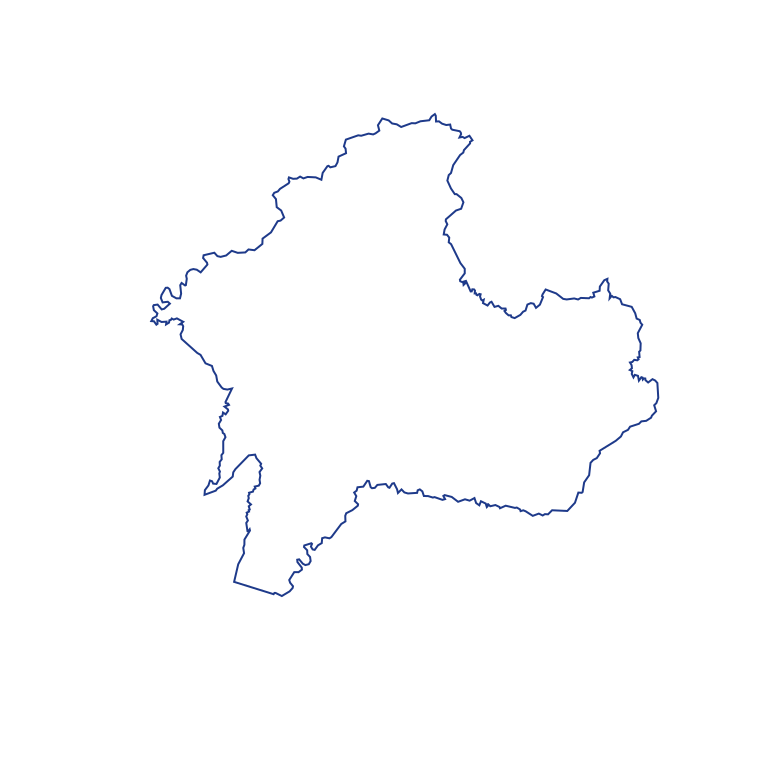 the district of Lérida, Tolima, Colombia, rotated 128°
{"feature_id": "7082276B47821274124979", "entity_name": "Lérida", "entity_type": "district", "adm_level": 2, "iso_a3": "COL", "parent_name": "Colombia", "parent_adm1": "Tolima", "projection": "orthographic", "projection_center": [-74.913, 4.869], "detail": "fine", "context": "isolated", "style": "outline", "palette": "blue", "viewbox_px": 768, "rotation_deg": 128, "n_neighbors": 0, "source": "geoboundaries", "source_scale": "gbopen_adm2", "svg_char_len": 6166}
<svg xmlns="http://www.w3.org/2000/svg" viewBox="0 0 768 768"><g transform="rotate(128 384 384)"><path d="M477.7,606.1L476.2,603.9L477.4,599.9L476.0,599.5L472.9,602.2L472.1,597.5L468.8,593.8L471.2,592.4L468.0,591.2L465.8,592.3L464.7,591.4L463.1,591.6L462.7,589.4L459.8,587.6L458.6,580.5L462.7,581.7L461.3,579.7L462.1,577.8L465.3,575.8L470.1,574.9L473.1,571.2L474.5,550.3L474.0,546.5L477.6,537.4L475.7,530.7L478.7,526.4L480.6,521.5L484.7,516.9L486.7,509.8L486.7,507.5L484.8,504.0L481.1,501.0L495.8,497.8L496.5,496.9L495.4,494.8L495.9,493.3L500.0,495.8L500.1,491.3L501.0,490.3L505.4,490.1L505.6,493.3L508.6,491.7L511.0,493.0L512.7,490.2L517.0,489.7L519.7,486.8L520.1,482.8L521.8,480.9L521.7,479.0L523.5,476.2L528.0,475.5L537.2,468.3L540.2,468.3L543.3,465.5L546.6,465.5L549.4,463.1L552.4,462.7L554.0,459.4L555.9,458.7L558.8,455.8L565.9,454.5L567.7,457.3L566.5,459.6L567.2,461.7L572.0,459.9L577.9,459.8L581.8,457.2L571.6,450.9L569.2,451.0L563.1,448.6L550.1,446.2L546.4,448.4L542.6,448.7L523.5,446.6L519.0,442.1L521.0,438.8L522.5,431.7L524.5,431.2L525.5,428.0L530.0,427.9L532.4,425.0L536.1,423.1L538.5,420.5L541.2,420.1L544.4,422.7L545.5,421.0L547.4,421.8L549.5,421.0L552.8,423.4L553.7,422.2L555.7,422.1L557.2,420.3L560.5,419.2L560.8,414.7L563.6,415.3L565.6,412.5L566.7,413.0L567.6,411.8L569.9,413.0L570.8,411.5L573.2,411.0L575.4,407.2L578.3,407.0L584.0,401.0L583.7,400.3L581.2,400.4L582.0,399.4L592.5,398.2L596.7,395.0L599.8,394.0L603.5,390.1L615.8,387.9L632.2,380.3L617.6,341.6L616.1,341.7L615.4,340.8L614.0,334.0L605.5,330.7L601.0,330.4L599.4,331.2L598.4,335.6L596.8,338.0L587.5,338.9L584.9,335.5L580.8,334.4L579.3,335.8L577.6,342.6L575.9,344.2L574.4,342.9L575.6,337.3L575.1,334.5L572.3,332.3L568.7,332.8L565.8,335.8L565.2,339.7L562.3,342.2L561.7,346.7L560.3,347.4L554.2,343.2L554.3,342.3L557.1,341.5L558.3,338.4L557.4,336.5L551.8,336.7L547.7,335.1L543.6,337.8L541.2,336.1L539.2,332.0L537.1,331.2L520.6,331.5L516.0,329.8L511.7,333.4L509.1,334.2L502.9,331.3L496.0,329.7L494.7,330.4L494.2,335.0L489.4,336.8L487.9,340.7L484.9,339.9L481.7,341.3L477.6,337.1L470.6,337.6L469.8,336.1L473.5,331.0L473.5,329.3L471.5,327.3L467.6,327.1L461.7,321.0L462.8,317.0L462.4,315.8L457.4,316.2L456.0,315.1L458.9,308.9L461.3,305.9L456.3,305.3L456.9,301.2L455.5,297.7L449.4,290.9L447.0,292.0L445.0,290.9L445.0,287.7L447.7,283.6L445.2,280.3L443.4,275.6L442.0,274.5L439.3,266.6L437.1,265.0L435.7,268.3L434.2,267.8L431.3,261.1L431.2,253.1L425.0,249.2L423.2,244.7L418.2,242.5L421.1,238.1L420.9,234.2L416.7,235.4L415.6,230.3L417.7,227.2L416.6,227.1L415.4,228.5L414.6,228.0L414.9,225.0L410.8,221.7L409.8,217.3L410.5,216.1L405.0,213.2L401.0,204.5L399.6,203.3L399.1,199.6L400.1,198.1L397.8,196.5L397.1,194.1L396.3,185.6L390.8,182.2L389.9,178.0L387.5,177.1L385.7,174.5L380.0,173.8L371.2,161.4L360.0,160.4L349.9,164.0L348.0,161.2L346.8,161.0L338.3,165.7L329.6,166.2L319.0,172.7L315.0,172.4L311.4,170.7L305.6,171.1L303.9,173.0L286.1,166.4L279.5,165.0L274.9,165.9L269.9,163.5L266.1,163.8L258.4,158.6L255.0,158.2L251.6,154.7L246.1,152.8L244.0,153.4L238.0,152.8L234.4,158.0L231.4,157.6L226.1,159.3L214.9,169.2L214.3,172.5L214.9,175.4L220.2,176.8L220.0,180.3L218.8,181.5L219.6,182.7L221.1,182.8L219.8,184.3L220.2,185.4L224.4,185.2L221.2,188.9L222.4,192.0L225.2,191.5L223.5,195.0L221.0,196.2L221.6,198.9L219.0,198.3L216.7,200.5L215.6,203.4L213.8,201.9L210.9,201.7L209.4,199.0L207.8,198.6L206.8,200.4L205.4,199.2L201.5,202.8L199.7,202.6L193.9,206.8L191.2,211.9L187.7,215.3L178.3,217.0L177.8,219.6L176.1,221.9L176.9,225.2L173.6,229.6L170.7,236.3L174.6,245.5L171.8,250.1L173.0,255.2L174.4,256.5L174.3,258.8L177.6,258.9L173.5,261.4L172.2,265.0L166.6,268.7L165.8,271.3L163.6,272.7L166.6,274.3L174.3,273.9L177.8,271.5L183.2,275.3L185.5,272.1L187.9,273.4L188.3,274.8L190.2,275.2L195.0,281.9L197.9,283.1L199.5,286.8L204.9,292.1L206.6,295.2L206.6,304.0L210.0,314.8L215.8,314.2L217.5,313.6L217.6,312.2L225.5,310.0L230.4,311.1L228.6,315.5L229.9,318.1L233.1,319.9L239.0,317.7L241.4,318.9L245.6,319.1L251.6,321.6L252.8,324.8L251.8,326.3L253.2,328.1L253.0,331.7L252.3,334.0L250.6,333.5L249.7,334.7L252.1,337.7L252.0,342.0L255.2,344.4L253.0,349.9L254.6,350.7L258.4,350.7L259.3,355.8L256.2,357.3L257.7,358.0L257.7,359.4L255.9,362.2L253.8,363.1L254.3,364.3L256.6,365.0L256.8,366.1L255.9,367.2L256.8,368.3L254.4,369.8L254.0,371.2L255.0,372.7L257.0,371.9L257.7,372.7L252.3,382.9L254.0,384.1L254.9,382.0L256.9,382.3L255.2,384.0L256.1,387.2L255.1,388.4L247.1,388.5L243.5,391.3L241.7,398.2L232.5,417.2L232.5,420.2L228.5,422.7L227.6,426.2L229.4,429.0L224.9,431.4L219.2,432.4L217.6,435.7L216.1,436.6L203.0,434.1L198.4,431.1L191.9,433.3L189.8,437.6L189.7,443.7L190.8,445.1L188.7,451.6L184.7,459.3L179.5,461.6L176.5,461.1L168.9,464.2L156.7,465.0L152.8,464.0L150.5,465.0L141.4,464.3L140.2,465.3L137.5,464.3L135.8,469.5L140.6,471.9L140.9,474.2L143.3,476.3L139.6,477.1L138.6,478.3L138.2,480.0L141.6,486.8L141.4,488.5L138.8,491.6L141.6,494.4L143.1,498.5L143.2,502.4L145.1,504.6L140.7,508.4L140.0,510.1L144.0,511.2L148.3,510.7L154.5,517.0L159.3,519.8L161.4,522.8L170.9,528.7L171.5,533.8L173.7,538.0L173.4,542.6L175.8,548.8L183.8,548.1L187.2,543.7L191.7,545.0L194.0,546.2L196.2,550.3L202.4,554.8L203.9,557.4L214.9,564.5L221.4,561.9L222.2,559.2L225.5,556.0L232.8,559.8L238.0,557.1L242.2,556.4L246.3,559.7L246.2,562.0L247.2,562.7L255.4,562.3L261.6,559.1L263.2,565.0L267.9,571.7L271.6,574.1L272.2,577.8L275.8,579.1L278.3,582.0L279.7,586.1L281.3,585.5L282.8,583.1L284.5,582.7L294.3,586.1L297.6,586.2L300.9,588.2L303.7,587.9L304.8,583.0L310.7,577.4L310.6,571.8L314.3,565.2L318.9,566.1L321.2,568.0L334.1,566.4L344.2,569.2L348.5,566.1L358.3,568.4L361.4,573.6L365.7,574.3L370.7,580.0L372.8,586.0L379.9,587.5L384.4,591.0L385.8,594.0L385.0,598.5L393.6,605.4L396.1,604.1L397.4,598.1L398.6,596.7L408.9,597.2L409.2,601.9L410.8,605.0L413.3,606.9L417.0,607.7L420.5,606.6L422.5,604.2L428.1,601.0L428.8,601.4L429.0,605.7L431.6,605.4L437.7,599.5L442.1,597.5L444.3,600.3L445.1,605.4L441.3,611.5L441.3,613.8L442.6,615.2L450.9,614.1L453.6,612.8L456.0,608.7L452.3,605.0L452.5,602.2L460.0,603.5L462.1,605.1L460.8,611.3L463.6,614.0L464.9,613.8L467.5,610.8L467.9,606.0L470.7,605.0L474.5,606.7L477.7,606.1Z" fill="none" stroke="#1e3a8a" stroke-width="2"/></g></svg>